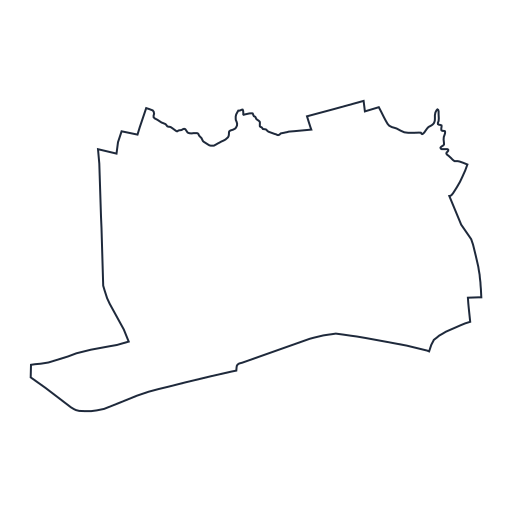 the district of My Tho, Tiền Giang, Vietnam
{"feature_id": "81297802B97193335039618", "entity_name": "My Tho", "entity_type": "district", "adm_level": 2, "iso_a3": "VNM", "parent_name": "Vietnam", "parent_adm1": "Tiền Giang", "projection": "mercator", "projection_center": [106.365, 10.362], "detail": "fine", "context": "isolated", "style": "outline", "palette": "slate", "viewbox_px": 512, "rotation_deg": 0, "n_neighbors": 0, "source": "geoboundaries", "source_scale": "gbopen_adm2", "svg_char_len": 4116}
<svg xmlns="http://www.w3.org/2000/svg" viewBox="0 0 512 512"><path d="M30.7,377.4L45.5,387.9L70.9,407.3L73.9,409.1L76.0,410.1L79.2,410.9L84.0,411.1L91.4,411.1L96.7,410.4L104.1,408.9L121.4,402.0L136.9,395.7L148.7,391.7L158.4,389.1L168.8,386.6L185.7,382.3L211.1,376.2L231.3,371.6L236.3,370.6L236.6,367.1L236.9,365.6L237.7,364.5L239.2,363.5L242.2,362.7L309.7,338.8L313.8,337.7L323.4,335.4L328.8,334.6L331.1,334.3L335.8,333.6L343.3,334.6L350.8,335.7L356.8,336.5L365.6,338.0L385.8,341.7L406.7,345.6L427.2,350.6L429.1,351.4L431.3,344.8L433.3,341.0L433.8,339.9L436.8,337.6L439.2,335.6L442.4,333.8L445.9,331.7L450.0,329.9L455.5,327.5L460.5,325.3L465.1,323.4L470.2,321.8L470.0,320.0L468.7,307.6L468.3,303.4L467.9,297.7L479.3,297.3L481.3,297.3L480.9,289.2L480.6,285.7L480.4,282.2L479.9,278.1L479.6,274.7L478.8,270.1L478.3,266.8L476.7,259.8L475.8,255.9L473.9,248.1L473.0,244.5L471.8,241.0L471.2,239.2L467.9,234.4L461.2,224.7L449.3,196.0L450.4,195.8L451.5,195.1L453.0,193.3L454.8,190.5L457.0,187.0L460.0,181.8L462.5,176.5L465.2,170.5L467.4,164.5L463.2,162.8L459.5,161.5L457.5,161.1L454.5,161.1L453.9,160.7L453.1,160.1L452.1,159.2L451.2,158.2L448.7,155.9L447.1,154.7L446.4,153.7L446.4,153.1L446.7,152.4L447.5,151.7L448.2,150.8L448.2,149.7L447.6,149.2L446.0,149.1L444.7,149.1L441.6,149.1L441.0,148.8L440.6,148.2L440.5,147.6L441.1,146.9L442.0,146.2L443.3,145.4L444.0,144.5L444.0,143.2L443.8,141.4L443.6,139.5L443.8,137.0L444.5,135.0L445.0,133.4L445.1,132.1L445.0,131.3L444.4,131.0L443.5,130.9L442.4,130.9L442.2,130.7L441.7,130.5L441.4,130.2L441.3,129.8L441.3,128.1L441.5,127.2L441.6,126.0L441.5,125.4L440.8,125.1L440.1,124.9L438.9,124.7L438.0,124.2L437.9,123.7L437.9,122.8L438.6,121.0L438.8,118.4L438.6,114.4L438.6,111.4L438.2,109.9L437.8,109.6L437.4,109.4L436.7,110.1L436.1,111.1L435.4,112.5L434.9,115.2L434.9,118.9L434.8,120.6L434.4,122.0L433.8,123.3L432.8,124.4L431.6,125.3L430.2,126.1L429.2,126.6L428.4,127.1L427.1,128.5L425.6,130.6L424.5,132.2L423.9,132.9L423.4,133.3L422.6,134.0L422.1,134.1L421.5,133.7L421.1,133.0L420.8,132.7L420.0,132.7L419.1,132.6L414.1,132.8L408.2,132.8L404.3,132.3L400.7,130.7L396.6,128.5L394.4,127.8L391.9,127.1L389.2,125.7L387.6,123.9L385.7,120.6L383.9,117.2L381.2,111.8L378.8,107.2L364.9,111.4L363.6,100.9L333.5,109.2L307.0,116.3L308.7,121.8L310.4,127.1L311.3,129.6L294.1,131.2L288.9,131.6L286.8,132.2L285.6,132.4L283.9,132.8L282.8,133.0L280.8,133.4L279.4,134.7L278.2,135.1L277.4,135.0L276.0,134.3L274.5,133.9L268.5,131.7L267.5,131.0L266.2,129.6L265.2,129.3L263.7,129.1L262.9,129.0L262.2,128.0L261.6,127.3L260.5,126.9L259.9,126.4L259.8,125.3L259.9,122.7L259.7,121.7L258.8,120.8L256.9,119.5L256.1,118.7L255.8,117.8L255.3,116.9L254.7,116.5L253.9,116.2L253.5,115.5L252.9,113.9L252.6,113.4L251.8,113.3L249.5,113.4L244.5,114.5L243.7,114.8L243.3,114.5L243.3,113.2L243.2,111.2L242.9,110.1L242.6,109.6L242.1,109.6L241.1,110.0L239.7,110.6L238.3,110.6L237.2,112.5L236.2,114.4L235.7,116.5L235.7,118.6L235.8,119.9L236.6,121.8L237.1,123.6L237.0,125.5L236.0,127.6L235.1,128.6L233.0,129.7L230.4,130.5L229.3,131.3L229.0,132.1L228.9,134.4L228.7,135.8L228.0,137.3L225.5,139.5L224.6,140.0L223.5,140.6L221.4,141.5L219.5,142.6L217.9,143.4L217.2,143.8L216.2,144.4L214.0,145.6L213.4,145.7L211.9,145.7L210.3,145.6L209.1,145.2L206.9,143.8L203.6,141.7L202.9,141.0L202.1,139.4L201.5,138.1L200.5,137.1L199.4,136.0L198.9,135.2L198.3,133.9L197.6,133.3L196.6,133.1L193.7,133.1L191.8,133.4L189.9,133.3L188.3,132.9L187.5,132.4L186.0,130.2L185.3,129.2L184.1,128.8L182.9,129.2L181.6,130.0L180.4,130.2L179.1,130.3L178.0,130.8L177.3,131.3L176.5,131.2L175.2,130.3L172.5,128.3L170.7,127.1L169.6,126.8L168.3,126.7L167.3,126.3L166.3,125.0L165.5,124.1L163.1,123.1L161.5,122.5L157.4,119.8L154.7,118.4L153.6,117.2L153.6,115.5L154.1,113.8L153.7,111.7L152.7,110.4L149.3,109.1L146.2,108.1L139.7,127.4L137.5,134.6L121.6,131.3L118.0,142.2L116.5,153.6L107.7,151.5L98.0,149.2L99.3,163.6L101.0,216.6L101.5,228.1L103.2,285.7L104.5,290.1L107.1,298.2L109.7,303.8L123.8,329.5L128.7,341.6L116.8,345.0L109.3,346.3L90.9,349.7L76.4,353.3L67.9,356.5L48.4,362.5L40.8,363.7L35.1,364.2L31.0,364.8L30.7,377.4Z" fill="none" stroke="#1e293b" stroke-width="2"/></svg>